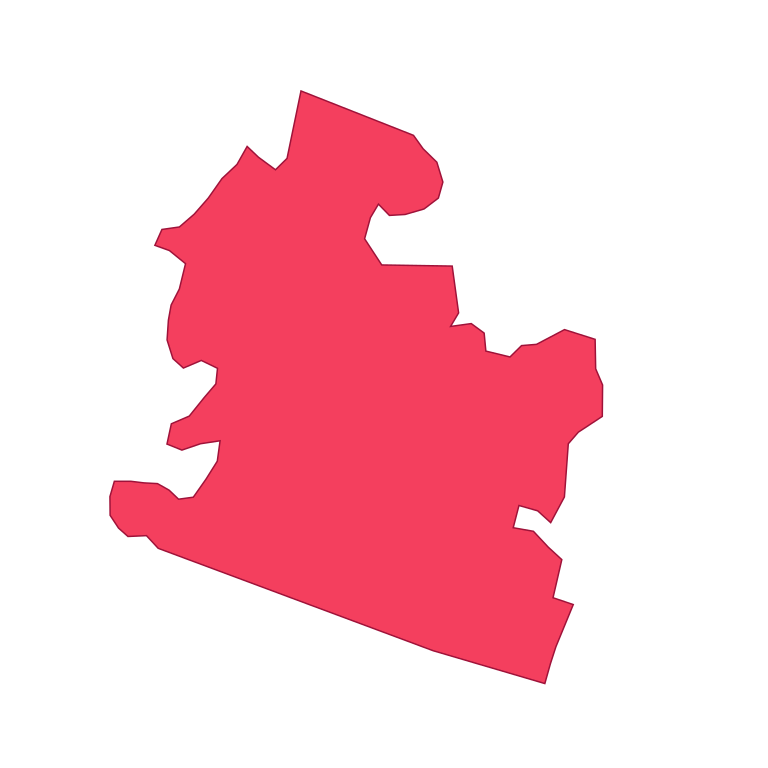 the district of Montauri, Rio Grande do Sul, Brazil, rotated 23°
{"feature_id": "56859067B40303133509643", "entity_name": "Montauri", "entity_type": "district", "adm_level": 2, "iso_a3": "BRA", "parent_name": "Brazil", "parent_adm1": "Rio Grande do Sul", "projection": "robinson", "projection_center": [-52.06, -28.663], "detail": "fine", "context": "isolated", "style": "filled", "palette": "rose", "viewbox_px": 768, "rotation_deg": 23, "n_neighbors": 0, "source": "geoboundaries", "source_scale": "gbopen_adm2", "svg_char_len": 1226}
<svg xmlns="http://www.w3.org/2000/svg" viewBox="0 0 768 768"><g transform="rotate(23 384 384)"><path d="M193.1,146.7L206.6,214.2L200.4,229.2L179.8,224.3L165.2,218.8L162.9,239.3L154.6,258.2L149.6,281.5L142.9,301.9L134.3,319.4L119.2,328.5L118.9,345.9L134.3,345.0L154.3,350.8L158.5,376.5L157.2,394.5L160.6,409.5L167.1,428.2L179.8,443.1L193.1,447.7L206.6,433.7L224.6,434.6L229.2,449.6L223.8,466.7L217.3,489.6L203.8,503.7L207.7,524.1L223.8,523.8L238.4,510.7L255.3,500.3L260.7,520.2L257.3,541.3L252.7,562.7L239.9,570.3L227.7,565.7L214.4,564.2L201.7,568.8L189.2,572.4L173.8,578.9L175.7,594.7L183.2,611.9L196.0,620.4L207.9,624.4L224.6,616.4L240.4,623.5L533.6,610.3L649.1,596.9L646.5,576.7L644.9,558.7L644.4,513.1L623.1,514.7L616.3,476.2L598.9,470.0L579.1,461.2L559.1,465.8L555.7,443.1L575.0,440.7L591.6,446.5L594.2,417.5L577.0,367.0L581.7,352.4L597.6,328.5L585.6,299.5L572.9,287.3L560.9,260.4L528.9,263.4L508.9,287.9L495.6,294.9L489.4,309.9L464.9,313.9L456.3,298.0L440.7,294.3L422.8,305.0L424.9,289.4L400.7,248.8L335.4,275.3L309.4,257.9L306.5,236.2L308.6,220.6L323.1,226.7L337.2,219.7L352.5,207.2L361.4,191.6L359.3,175.1L346.0,159.2L328.1,152.2L314.0,143.6L193.1,146.7Z" fill="#f43f5e" stroke="#9f1239" stroke-width="1.5"/></g></svg>